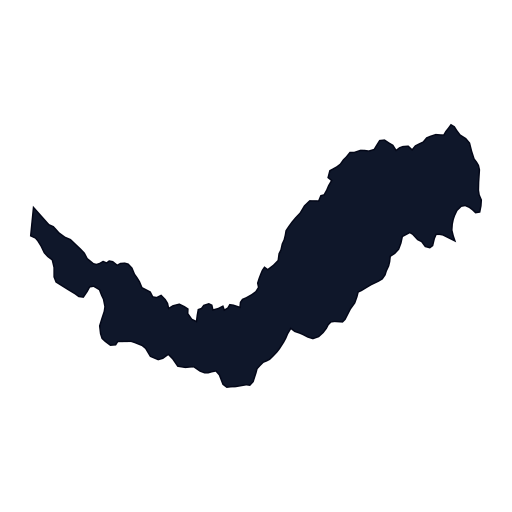 the district of Castelândia, Goiás, Brazil
{"feature_id": "56859067B13965463256394", "entity_name": "Castelândia", "entity_type": "district", "adm_level": 2, "iso_a3": "BRA", "parent_name": "Brazil", "parent_adm1": "Goiás", "projection": "equal_earth", "projection_center": [-50.36, -18.152], "detail": "fine", "context": "isolated", "style": "filled", "palette": "ink", "viewbox_px": 512, "rotation_deg": 0, "n_neighbors": 0, "source": "geoboundaries", "source_scale": "gbopen_adm2", "svg_char_len": 3265}
<svg xmlns="http://www.w3.org/2000/svg" viewBox="0 0 512 512"><path d="M479.7,212.0L480.9,205.9L481.3,200.0L479.1,194.9L478.4,190.3L478.6,182.1L479.4,169.8L478.4,165.4L476.5,162.2L474.0,158.9L471.5,151.1L469.5,143.1L465.7,138.6L460.0,135.0L456.7,130.6L454.3,126.8L451.0,124.8L448.6,128.1L445.9,131.5L443.8,135.1L440.8,135.0L435.8,134.6L430.3,136.4L426.7,137.9L423.2,142.1L419.5,143.8L415.4,145.9L412.1,149.9L408.2,146.2L402.9,146.6L399.6,147.8L396.1,150.5L392.8,145.3L389.0,143.1L384.5,140.1L379.7,140.6L376.5,145.7L374.2,149.5L368.8,151.1L364.6,150.5L360.5,150.4L354.2,152.5L350.0,152.5L346.1,157.3L343.5,159.8L340.4,164.2L336.7,167.0L329.9,170.7L328.1,177.6L331.7,180.5L328.7,185.6L326.8,190.1L324.1,194.9L320.9,195.7L318.7,201.0L309.7,200.9L304.5,205.9L300.2,213.1L295.7,217.8L292.1,222.1L288.9,226.5L286.1,230.7L285.3,235.4L284.2,239.9L282.3,244.0L281.0,249.9L279.1,253.7L278.2,260.5L273.5,265.3L267.7,269.7L264.5,267.3L262.4,270.4L260.8,274.2L259.2,278.4L257.7,283.1L258.6,287.4L255.9,291.7L251.8,294.7L246.3,297.8L242.5,299.4L240.5,302.3L240.0,307.4L233.3,305.2L229.8,304.7L227.9,308.0L224.3,310.2L222.9,306.2L218.4,308.5L212.9,310.0L211.8,305.2L208.8,303.8L203.8,305.4L201.5,308.5L198.3,309.6L197.3,315.2L196.5,321.6L191.7,319.3L187.7,313.6L187.9,309.0L184.4,306.7L179.3,304.2L173.0,305.8L168.6,308.5L167.5,303.4L165.2,299.6L161.1,295.4L156.7,297.6L152.7,296.9L150.2,292.0L145.4,289.5L141.9,287.7L139.4,281.7L136.9,277.7L134.4,274.2L131.9,268.1L128.1,264.1L124.7,263.2L120.5,263.5L117.2,265.3L112.7,261.7L109.2,261.0L106.6,263.0L103.1,261.5L99.7,263.5L96.4,264.5L93.3,263.7L90.7,261.5L87.1,258.6L84.3,253.2L80.5,249.2L74.6,243.6L70.4,239.6L64.9,237.3L58.9,232.9L56.6,230.3L53.3,226.7L48.8,224.7L33.5,207.5L30.7,235.8L35.5,238.0L37.8,240.7L41.1,246.0L44.3,252.7L47.8,256.5L52.3,259.9L54.1,267.5L54.1,276.9L56.1,282.0L68.4,289.7L75.2,293.8L78.8,296.5L83.3,297.1L87.1,291.5L89.6,286.9L93.6,286.2L96.4,287.8L99.5,289.7L101.7,295.4L103.5,299.1L105.0,306.7L104.3,311.4L101.8,319.0L99.7,325.9L100.6,333.7L102.1,338.4L105.2,341.3L110.4,345.2L115.6,344.8L117.7,341.5L131.1,341.3L134.5,342.4L142.2,345.5L145.7,348.4L150.4,356.3L158.2,359.6L162.8,358.3L168.3,354.3L172.8,358.9L177.8,366.2L185.4,367.4L190.4,366.9L193.9,366.8L200.1,371.1L204.7,372.8L208.1,372.8L211.5,371.8L215.9,370.9L219.4,374.9L223.0,384.3L226.8,387.2L231.0,386.7L235.4,386.6L246.3,384.7L249.8,385.2L253.1,381.6L255.9,372.9L257.0,368.7L259.9,365.5L263.2,362.2L266.5,360.9L269.6,359.3L272.8,356.2L276.8,352.0L279.3,348.8L283.6,342.1L285.7,338.2L287.6,333.7L290.8,328.3L294.8,331.4L299.8,333.1L303.0,334.5L307.8,337.0L312.9,338.6L318.6,336.6L323.1,332.5L326.3,328.3L328.1,324.8L330.9,321.9L334.5,321.4L342.5,321.9L345.0,319.4L350.3,309.0L354.7,302.9L356.9,296.7L358.1,292.0L361.4,290.5L365.8,287.8L371.0,284.7L378.5,281.1L382.2,278.9L385.0,274.9L386.3,270.8L388.6,265.9L389.6,261.7L390.2,256.3L394.7,253.4L398.6,249.2L400.9,243.0L402.3,236.5L409.8,232.5L412.7,234.2L417.7,239.6L421.7,241.6L425.3,246.5L429.8,247.7L432.6,245.6L434.3,238.5L436.1,234.3L439.6,234.3L442.9,234.9L447.7,237.3L454.9,240.9L453.2,235.9L451.8,230.2L452.2,224.2L453.2,219.3L454.5,215.5L456.9,210.4L461.2,206.2L465.2,205.5L469.3,207.3L472.5,209.7L475.6,212.7L479.7,212.0Z" fill="#0f172a" stroke="#020617" stroke-width="1.5"/></svg>